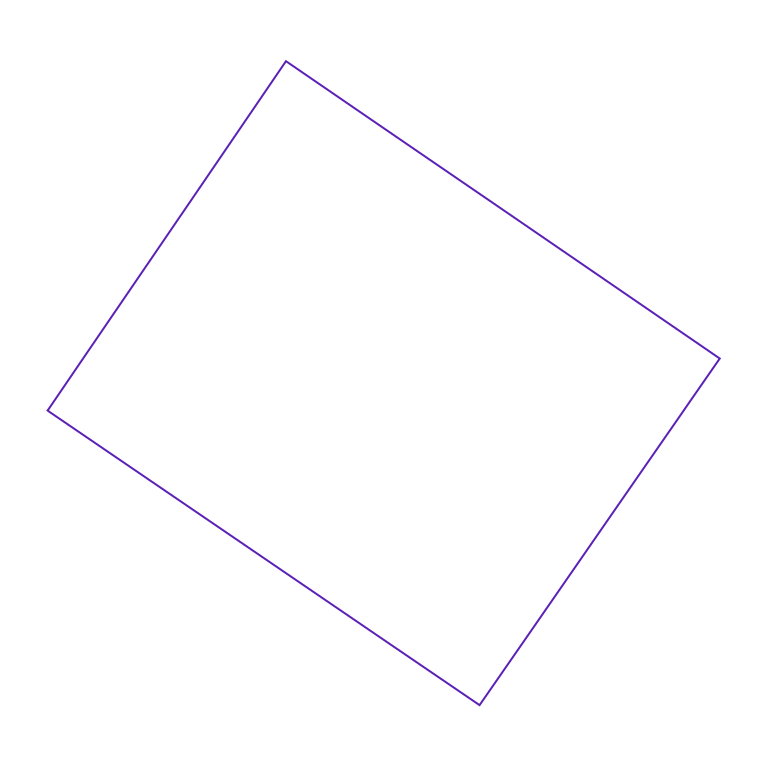 Trenel, La Pampa, Argentina, rotated 214°
{"feature_id": "61730980B26408179177195", "entity_name": "Trenel", "entity_type": "district", "adm_level": 2, "iso_a3": "ARG", "parent_name": "Argentina", "parent_adm1": "La Pampa", "projection": "mercator", "projection_center": [-64.18, -35.632], "detail": "fine", "context": "isolated", "style": "outline", "palette": "violet", "viewbox_px": 768, "rotation_deg": 214, "n_neighbors": 0, "source": "geoboundaries", "source_scale": "gbopen_adm2", "svg_char_len": 454}
<svg xmlns="http://www.w3.org/2000/svg" viewBox="0 0 768 768"><g transform="rotate(214 384 384)"><path d="M119.9,592.9L124.6,592.9L381.1,594.9L483.8,595.6L540.0,596.0L645.6,596.8L645.8,596.8L646.5,454.5L647.1,346.8L647.7,241.3L648.0,175.2L648.1,174.7L648.1,173.9L647.0,173.9L645.6,173.8L546.0,173.3L388.4,172.5L233.9,171.7L125.2,171.2L124.3,241.0L121.8,445.6L120.8,521.3L120.6,540.2L119.9,592.9Z" fill="none" stroke="#5b21b6" stroke-width="2"/></g></svg>